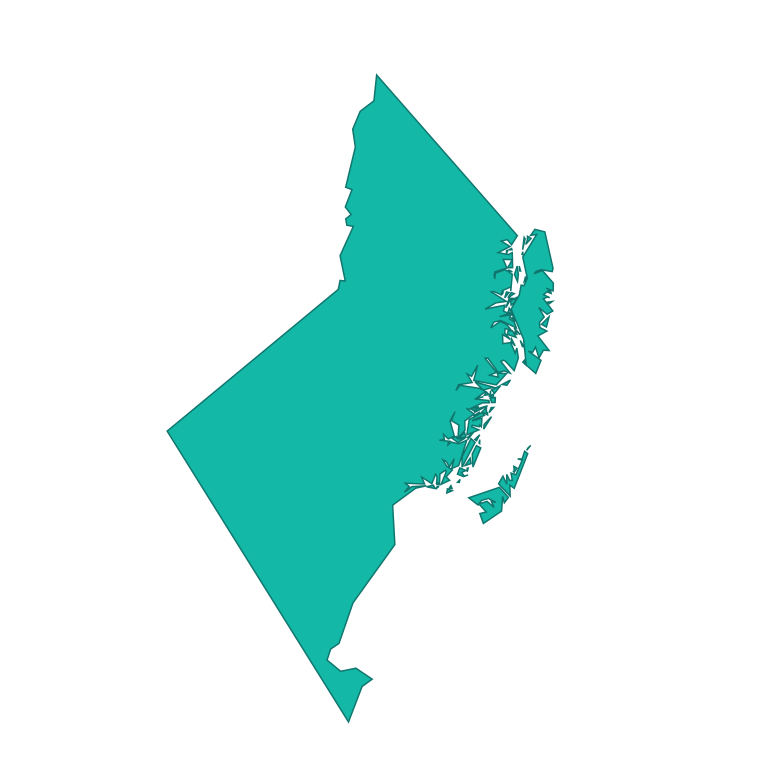 map outline of British Columbia (Albers equal-area conic projection), rotated 236°
{"feature_id": "CAN-633", "entity_name": "British Columbia", "entity_type": "Province", "adm_level": 1, "iso_a3": "CAN", "parent_name": "Canada", "parent_adm1": "", "projection": "albers", "projection_center": [-126.982, 54.153], "detail": "fine", "context": "isolated", "style": "filled", "palette": "teal", "viewbox_px": 768, "rotation_deg": 236, "n_neighbors": 0, "source": "natural_earth", "source_scale": "10m", "svg_char_len": 6232}
<svg xmlns="http://www.w3.org/2000/svg" viewBox="0 0 768 768"><g transform="rotate(236 384 384)"><path d="M644.3,550.7L432.4,577.5L428.1,567.6L434.8,566.9L436.9,561.1L427.5,565.4L429.1,552.0L421.7,559.6L421.2,563.8L408.5,555.7L411.2,551.5L415.3,559.9L420.7,552.5L411.4,550.8L414.9,538.8L413.1,536.5L409.2,534.5L413.6,538.5L411.1,548.4L403.2,551.7L390.2,541.1L393.6,543.4L395.2,534.3L392.5,531.1L399.3,526.7L400.4,524.4L384.1,531.6L388.7,522.1L389.6,509.7L381.8,528.2L377.6,523.9L372.6,526.6L375.2,517.5L370.5,527.7L367.8,524.5L362.8,526.7L356.5,525.1L371.4,516.3L373.9,509.7L370.8,503.8L370.8,515.4L364.6,519.0L358.0,519.5L362.1,515.3L358.6,512.5L350.3,513.7L358.8,510.0L351.0,505.1L347.5,512.2L336.3,510.0L339.6,514.3L330.4,509.9L322.3,499.4L335.1,497.4L337.0,496.2L337.4,493.5L322.6,494.6L327.7,490.9L329.6,485.2L347.3,484.6L348.9,482.2L330.7,483.7L332.3,476.5L325.7,482.6L329.7,484.0L324.1,491.3L320.5,476.6L336.8,460.4L347.3,472.3L341.4,460.9L345.9,458.5L335.9,457.9L341.7,445.4L338.4,440.0L340.4,446.3L326.6,461.1L320.9,463.9L320.7,453.2L317.8,459.2L321.0,450.7L311.6,461.7L309.5,460.9L313.3,455.1L315.6,440.2L317.8,438.7L308.8,441.8L308.2,430.3L300.4,425.3L298.0,415.2L308.1,423.1L316.0,419.4L321.4,427.5L316.4,418.1L301.6,413.2L302.5,406.6L308.9,405.2L304.3,403.0L306.4,398.4L299.1,407.3L299.8,404.9L297.7,402.9L298.3,407.3L292.7,412.3L291.1,421.2L274.6,400.3L276.1,392.8L282.8,400.4L278.7,391.8L284.8,392.3L288.2,390.5L280.8,389.9L274.5,392.6L272.3,383.6L267.4,384.6L268.9,375.3L276.3,386.3L278.2,386.9L278.1,380.0L270.2,374.2L273.1,372.7L277.6,376.2L280.3,376.3L274.6,367.9L285.8,363.2L278.4,361.7L289.8,346.2L284.9,347.6L282.9,340.4L283.3,349.8L275.9,362.2L279.9,352.0L278.7,323.4L244.8,303.2L219.9,235.9L194.1,201.6L194.1,191.6L187.0,182.4L170.1,187.4L164.1,201.8L145.9,209.1L145.5,196.7L123.7,165.6L466.2,177.9L488.0,399.0L494.4,405.5L491.1,409.5L514.9,419.3L531.8,446.7L536.4,442.0L542.3,444.6L542.9,451.5L552.4,450.9L563.1,466.2L568.5,462.2L596.4,492.7L612.7,500.5L623.4,516.8L624.4,534.0L644.3,550.7ZM427.8,595.6L420.2,602.4L385.3,588.8L383.1,586.3L390.9,578.2L392.3,573.5L391.5,570.1L389.5,578.8L373.0,580.8L366.6,576.3L372.7,572.0L369.6,574.2L368.8,566.2L362.9,569.7L364.7,568.1L365.5,563.8L350.1,564.8L350.6,558.3L360.8,555.1L350.0,554.3L348.2,547.5L343.7,544.8L336.8,548.6L337.8,538.4L319.4,539.6L322.9,535.0L318.9,527.1L329.8,530.2L327.2,525.0L330.5,522.1L315.8,527.4L307.9,515.7L320.1,512.5L343.2,524.8L375.0,531.3L382.2,546.0L389.3,553.0L387.2,555.1L391.6,562.0L411.6,570.0L422.6,594.2L425.2,588.7L427.8,595.6ZM220.4,423.7L218.2,417.3L224.5,419.5L212.9,410.4L212.8,388.4L223.0,391.0L220.7,397.2L231.4,395.6L229.1,403.8L220.1,406.2L226.5,407.3L223.4,410.5L230.7,406.6L232.9,399.9L231.1,394.3L242.3,390.6L233.8,421.9L220.4,423.7ZM249.6,463.0L245.9,464.2L224.7,433.6L229.8,431.8L220.5,425.9L237.2,423.2L241.1,431.1L232.3,429.7L240.4,435.2L233.8,434.3L232.3,436.4L239.1,439.5L235.0,442.6L243.6,456.0L247.2,453.0L244.6,456.5L249.6,463.0ZM300.9,446.1L294.1,440.8L296.4,440.3L295.3,439.1L300.5,434.1L299.6,432.7L292.9,437.0L295.6,424.3L306.9,434.8L305.4,449.4L301.8,449.7L304.4,438.5L304.1,436.5L300.9,446.1ZM271.4,402.1L280.1,408.2L290.1,425.6L284.6,426.8L271.4,402.1ZM281.2,426.2L276.9,428.5L265.4,411.3L276.6,418.0L281.2,426.2ZM323.6,462.8L334.9,460.6L320.1,472.9L323.6,462.8ZM345.4,548.0L347.5,558.5L340.4,550.5L345.4,548.0ZM267.4,398.7L262.6,399.2L261.6,402.9L262.7,398.2L268.2,394.5L272.0,399.9L266.5,403.6L267.4,398.7ZM317.5,479.9L314.5,470.4L319.0,470.0L317.5,479.9ZM294.5,444.4L296.8,454.9L290.8,441.4L294.5,444.4ZM317.6,481.7L316.6,491.1L314.3,485.1L317.6,481.7ZM311.4,446.9L308.0,457.8L309.9,442.9L311.4,446.9ZM293.8,421.3L294.2,412.6L301.4,409.9L300.0,414.6L297.9,414.2L295.4,416.9L293.8,421.3ZM348.8,519.6L356.2,514.0L358.7,516.7L356.3,520.2L348.8,519.6ZM394.3,552.0L401.7,553.3L407.3,560.4L399.7,556.7L394.3,552.0ZM269.3,411.7L271.1,405.5L274.3,413.9L269.3,411.7ZM306.0,449.5L307.3,455.8L303.0,452.8L302.5,453.8L300.4,452.6L306.0,449.5ZM294.0,431.4L291.4,423.2L293.0,423.5L294.0,431.4ZM381.1,531.7L379.2,527.6L385.0,535.8L382.9,538.7L382.9,534.9L381.1,531.7ZM272.6,368.3L268.6,368.1L275.0,361.8L272.6,368.3ZM297.5,415.7L298.5,423.6L294.1,422.1L297.5,415.7ZM381.6,541.8L378.7,538.2L378.3,533.5L382.1,535.4L381.6,541.8ZM258.5,375.1L261.6,377.9L257.4,380.9L258.5,375.1ZM301.5,455.2L304.5,459.6L303.2,461.8L301.5,455.2ZM313.1,464.0L310.5,468.7L306.6,465.8L308.3,463.0L313.1,464.0ZM287.2,428.2L288.4,435.0L285.3,428.9L287.2,428.2ZM426.2,585.6L422.4,587.3L420.5,579.5L423.0,583.2L426.2,585.6ZM238.0,442.5L239.0,442.5L238.6,443.1L243.2,445.6L239.9,447.2L238.0,442.5ZM316.5,465.1L318.5,460.9L320.1,464.5L316.5,465.1ZM360.4,565.4L358.3,569.7L358.1,566.0L360.4,565.4ZM390.0,538.8L387.9,532.2L391.8,537.0L390.0,538.8ZM314.4,469.0L311.6,467.1L314.9,464.7L314.4,469.0ZM249.2,465.2L250.3,467.1L251.1,471.3L249.2,465.2ZM386.1,542.5L386.1,534.8L388.7,540.6L386.1,542.5ZM354.5,522.8L357.7,523.3L348.6,524.6L354.5,522.8ZM312.3,449.9L311.4,443.6L314.7,442.0L312.3,449.9ZM316.4,466.5L318.9,468.7L315.4,466.2L316.4,466.5ZM350.0,515.0L342.2,514.0L348.2,513.2L350.0,515.0ZM374.9,528.0L376.9,530.2L373.4,529.9L374.4,529.0L374.9,528.0ZM392.3,532.5L392.3,532.0L394.1,534.9L392.3,532.5ZM268.4,372.4L268.1,368.9L269.1,370.4L268.4,372.4ZM425.4,582.2L417.8,574.0L427.2,582.2L425.4,582.2ZM307.2,448.0L306.8,443.9L307.6,440.1L307.2,448.0ZM373.3,527.5L371.3,529.8L367.9,529.3L373.3,527.5ZM365.6,573.2L368.3,571.3L368.3,574.3L365.6,573.2ZM337.6,519.7L343.9,521.3L336.6,520.8L337.6,519.7ZM367.4,526.5L367.0,528.9L363.7,527.9L367.4,526.5ZM408.0,551.7L405.1,553.1L409.2,550.2L408.0,551.7ZM425.6,561.6L423.7,558.6L426.0,560.1L425.6,561.6ZM261.4,390.0L262.4,393.7L260.3,391.4L261.4,390.0ZM401.8,559.8L406.2,562.1L401.3,560.4L401.8,559.8ZM321.2,512.1L324.5,511.3L325.2,513.6L321.2,512.1ZM267.2,406.8L264.6,403.8L267.7,405.9L267.2,406.8ZM271.0,371.7L273.0,372.0L270.1,373.0L271.0,371.7ZM282.1,429.8L284.3,432.3L281.1,430.0L282.1,429.8ZM259.4,382.0L261.2,379.9L262.3,382.6L259.4,382.0ZM414.5,570.9L415.9,573.2L413.7,571.3L414.5,570.9ZM352.1,521.2L354.6,521.5L350.1,522.1L352.1,521.2ZM390.5,557.5L394.0,561.5L390.8,559.6L390.5,557.5ZM425.4,562.6L425.0,565.5L423.7,565.2L425.4,562.6Z" fill="#14b8a6" stroke="#0f766e" stroke-width="1.5"/></g></svg>